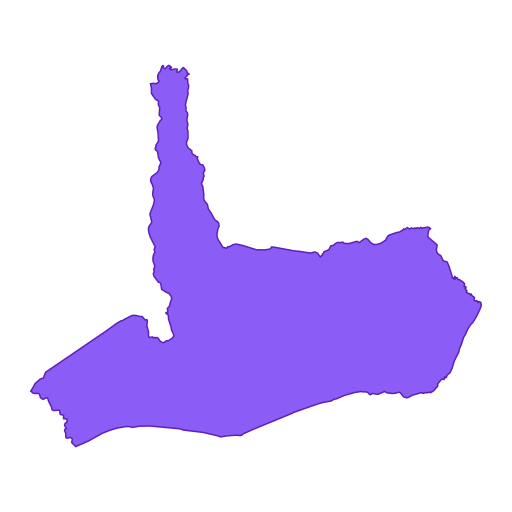 the district of Viqueque, Viqueque, East Timor
{"feature_id": "22284137B80785204174249", "entity_name": "Viqueque", "entity_type": "district", "adm_level": 2, "iso_a3": "TLS", "parent_name": "East Timor", "parent_adm1": "Viqueque", "projection": "robinson", "projection_center": [126.369, -8.837], "detail": "fine", "context": "isolated", "style": "filled", "palette": "violet", "viewbox_px": 512, "rotation_deg": 0, "n_neighbors": 0, "source": "geoboundaries", "source_scale": "gbopen_adm2", "svg_char_len": 6013}
<svg xmlns="http://www.w3.org/2000/svg" viewBox="0 0 512 512"><path d="M75.7,446.6L88.5,441.0L102.1,433.4L109.7,430.3L117.1,428.1L125.5,426.6L129.3,426.6L132.3,427.4L139.4,426.2L149.9,426.0L178.9,428.7L181.7,429.3L182.9,430.0L203.0,432.4L216.9,435.6L220.6,436.9L226.7,435.9L235.8,435.2L240.6,435.6L242.1,435.0L243.1,433.9L253.0,429.4L292.4,413.2L293.7,412.4L317.6,404.0L322.9,402.5L330.2,401.2L332.5,400.4L333.5,399.3L336.3,398.9L344.1,395.5L354.9,392.4L359.4,391.8L360.1,391.3L361.0,391.7L366.5,392.0L367.8,392.5L369.6,394.5L370.5,394.7L372.2,393.5L378.0,394.3L384.6,391.5L387.2,392.9L392.2,393.5L394.9,393.3L399.0,392.2L400.5,392.9L403.2,396.5L404.6,397.3L406.8,397.8L408.4,397.4L412.5,395.2L420.8,392.8L422.5,392.7L422.6,393.2L423.4,393.3L426.2,392.5L426.5,392.8L430.2,392.2L430.1,392.5L430.6,392.6L430.7,392.1L431.5,392.2L433.7,390.7L434.9,389.6L434.8,389.0L435.4,388.3L436.4,387.8L436.5,387.1L437.5,386.7L437.8,385.1L437.5,384.1L441.0,379.9L442.1,379.0L443.9,379.5L444.6,378.2L444.3,377.6L444.5,377.0L444.9,376.8L445.5,377.6L446.1,377.6L446.6,376.9L446.9,375.4L450.1,372.6L452.0,368.5L454.4,360.7L458.9,351.9L459.2,349.4L461.2,344.8L463.6,337.4L465.5,334.3L467.8,329.0L470.8,324.4L472.2,323.2L474.1,320.5L477.1,315.3L480.1,308.9L481.3,305.5L480.8,302.4L478.9,301.5L478.4,301.7L478.2,302.3L477.5,302.1L476.9,300.7L476.3,300.6L475.4,301.1L474.3,300.4L474.0,299.4L474.5,297.9L474.3,297.3L471.9,295.6L471.3,294.3L470.7,294.8L469.8,293.7L468.9,293.7L466.3,292.1L466.9,290.9L466.1,290.0L465.8,288.8L465.2,288.8L465.1,288.1L466.0,287.2L465.6,286.7L464.2,286.4L464.6,283.8L462.8,281.8L459.1,279.5L458.1,279.6L457.1,277.7L455.9,277.7L455.6,278.8L455.1,279.2L454.9,278.6L455.4,277.4L455.2,276.8L454.8,276.5L453.5,278.7L452.7,278.1L449.0,266.2L447.2,262.1L446.7,261.6L444.4,261.3L443.1,260.4L440.8,255.7L438.2,254.1L436.8,252.2L436.4,249.5L437.1,245.8L436.9,244.7L428.2,237.2L427.8,234.9L428.6,231.0L428.8,230.2L430.5,228.7L429.6,227.7L427.7,227.0L424.9,227.8L422.9,227.8L422.2,228.3L421.2,227.5L420.5,227.4L419.6,228.5L418.5,228.3L418.1,227.8L417.7,228.1L416.9,227.8L416.0,228.6L414.9,227.9L414.2,228.5L411.7,228.3L411.5,227.9L409.3,228.9L407.3,227.6L404.8,229.4L403.6,228.9L402.7,230.1L399.1,232.2L397.0,232.4L389.2,235.1L387.7,236.2L385.5,240.3L380.7,243.3L376.6,244.5L374.1,244.5L372.3,243.8L370.0,241.9L367.9,239.3L366.1,238.3L363.7,239.3L359.2,242.6L357.0,241.3L348.8,243.6L344.2,243.4L343.0,242.2L339.5,242.6L337.8,242.4L335.4,243.5L333.4,245.3L330.7,245.9L329.2,249.2L327.9,250.2L324.1,251.7L323.5,253.2L322.5,254.0L322.5,254.9L321.1,255.9L320.6,256.9L319.8,256.5L317.8,253.4L315.4,252.1L314.2,252.0L311.8,252.8L309.2,252.9L300.5,251.5L293.8,250.8L273.8,247.1L271.5,247.0L271.4,247.6L269.8,249.1L264.4,249.9L256.6,249.8L242.4,245.4L237.2,244.2L235.4,244.1L233.2,244.6L229.4,246.7L227.6,246.7L226.7,248.3L224.0,247.5L223.1,247.6L218.0,239.4L217.0,236.5L217.0,234.2L217.9,228.7L219.1,226.2L218.8,223.5L217.5,221.5L215.0,220.0L213.8,217.9L211.0,212.8L208.4,209.1L207.4,204.4L204.6,201.0L203.9,199.5L203.7,197.7L203.8,194.3L202.8,186.6L201.4,183.8L203.2,179.5L203.1,177.9L204.1,176.2L203.3,172.7L204.7,170.7L204.7,169.0L204.0,167.0L202.6,164.9L200.6,164.4L199.6,163.7L197.4,158.9L197.6,156.8L196.1,156.6L195.3,155.6L192.7,154.2L191.8,152.6L191.8,150.8L187.9,147.6L186.6,144.4L186.5,142.3L188.0,138.4L187.9,131.0L187.1,128.4L187.9,124.3L186.8,120.2L187.7,114.6L187.4,112.8L185.8,110.6L186.1,107.9L185.4,104.6L188.1,93.8L187.7,89.8L188.4,88.5L188.7,85.3L187.9,83.6L187.5,78.9L185.6,78.9L185.0,78.4L185.6,77.1L186.9,76.1L187.4,74.6L188.9,74.4L189.0,73.8L187.3,72.8L186.7,70.8L183.7,67.8L183.1,67.6L182.6,68.0L180.4,70.7L178.7,72.2L177.1,72.2L176.7,71.8L177.4,69.9L177.3,69.2L175.1,69.0L170.9,69.7L170.4,69.5L169.7,68.6L170.0,68.1L171.0,68.1L171.4,67.3L170.2,66.1L168.6,65.4L167.5,66.1L165.4,68.5L164.6,68.6L163.4,67.7L163.6,66.3L163.2,65.7L162.7,65.6L161.8,66.6L160.4,71.3L159.2,72.5L157.7,75.4L157.8,78.4L158.2,80.1L159.1,81.2L158.9,81.7L156.4,83.7L153.7,83.3L150.5,83.7L151.5,88.5L151.4,92.9L152.0,94.4L155.6,99.4L158.5,101.1L158.3,104.4L158.9,106.2L159.7,107.1L159.2,115.1L161.4,117.6L161.8,119.1L160.2,120.7L157.3,125.7L157.1,127.7L158.1,133.2L158.5,141.2L156.0,145.0L155.8,147.2L155.2,148.3L155.5,149.9L157.1,151.1L157.6,152.0L158.5,157.8L159.8,160.7L160.7,161.5L160.8,162.4L160.0,165.0L159.1,166.4L159.0,169.3L158.2,171.0L157.4,172.2L155.8,173.7L152.1,176.3L151.2,177.6L150.7,179.3L150.7,181.5L152.3,184.5L153.5,188.4L152.9,191.7L152.7,194.6L153.2,196.7L154.3,199.2L154.4,200.5L153.4,204.9L150.1,213.2L150.0,214.6L151.7,221.7L151.5,222.7L148.6,227.2L148.4,229.9L149.0,233.1L150.3,237.1L155.2,246.8L154.1,249.6L154.9,251.8L153.3,255.5L152.9,258.3L153.1,261.3L154.4,264.8L154.8,266.8L153.8,268.8L153.7,269.9L154.3,272.1L153.3,273.4L153.7,275.8L158.2,282.0L160.1,282.8L160.8,283.6L161.6,289.3L166.0,292.1L169.1,293.5L171.4,296.8L171.5,299.3L170.4,302.2L169.5,306.1L167.3,308.5L167.8,310.9L167.7,312.6L166.1,312.4L165.9,313.0L166.9,314.1L167.4,314.1L168.3,315.3L168.5,319.1L170.9,326.5L171.6,330.3L173.5,333.9L173.7,336.3L172.4,338.0L169.7,339.9L168.8,340.5L166.1,340.9L163.6,342.8L160.4,341.6L159.6,340.2L157.6,337.7L155.8,337.5L155.3,338.0L154.3,337.5L153.3,337.7L152.4,336.9L150.2,337.4L149.0,337.1L148.4,335.2L148.6,331.9L146.8,325.5L147.4,321.5L147.3,320.3L146.8,319.6L145.0,319.9L142.3,316.6L139.0,316.3L136.3,315.5L133.1,315.3L131.8,315.6L124.0,319.5L122.5,320.7L120.8,320.9L116.6,323.4L105.6,331.4L45.8,372.1L45.5,372.4L43.4,378.0L40.0,379.2L35.0,383.7L32.7,388.1L30.7,391.1L33.0,393.1L35.6,393.6L37.9,393.3L38.6,393.6L39.6,394.5L40.3,397.2L40.8,397.9L42.6,399.2L43.8,399.1L45.7,398.0L47.4,397.9L48.2,399.5L48.3,400.6L51.7,407.5L51.7,408.6L52.2,409.8L53.7,410.6L58.5,410.1L59.5,410.5L59.9,411.4L59.9,413.2L60.4,414.5L62.5,414.9L63.6,415.5L63.5,418.7L67.1,419.1L67.3,420.2L66.5,422.7L65.3,423.1L64.6,424.8L64.7,425.8L66.4,428.5L64.9,429.2L64.6,430.5L65.8,433.7L65.7,435.9L66.0,437.5L66.9,438.2L70.3,437.5L71.9,438.4L72.3,439.7L71.6,442.5L75.7,446.6Z" fill="#8b5cf6" stroke="#5b21b6" stroke-width="1.5"/></svg>